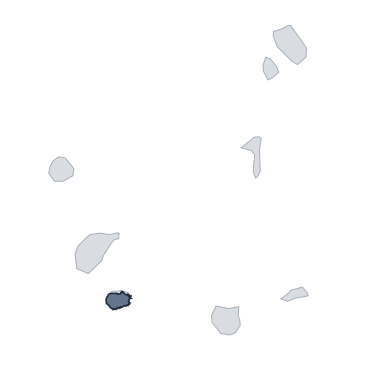 location of Nossa Senhora Da Luz, Maio, Cabo Verde, rotated 80°
{"feature_id": "66160863B67599039999674", "entity_name": "Nossa Senhora Da Luz", "entity_type": "district", "adm_level": 2, "iso_a3": "CPV", "parent_name": "Cabo Verde", "parent_adm1": "Maio", "projection": "orthographic", "projection_center": [-23.146, 15.227], "detail": "fine", "context": "in_parent", "style": "filled", "palette": "slate", "viewbox_px": 384, "rotation_deg": 80, "n_neighbors": 0, "source": "geoboundaries", "source_scale": "gbopen_adm2", "svg_char_len": 5106}
<svg xmlns="http://www.w3.org/2000/svg" viewBox="0 0 384 384"><g transform="rotate(80 192 192)"><path d="M254.3,308.2L247.5,318.8L232.7,317.9L225.1,313.5L216.2,300.1L216.5,289.8L219.7,280.8L219.2,273.0L220.4,271.0L225.0,272.4L225.7,277.6L239.2,290.4L244.2,293.0L254.3,308.2ZM63.6,82.8L52.8,85.0L48.2,83.9L46.8,74.6L44.7,68.6L45.2,65.9L70.1,54.2L78.8,56.3L84.8,65.8L80.6,71.0L63.6,82.8ZM313.0,165.9L322.3,168.0L325.8,167.2L331.7,167.7L338.1,173.7L339.3,180.2L336.2,188.3L323.9,194.9L316.8,194.2L308.4,188.1L313.2,176.2L313.0,165.9ZM157.6,325.4L148.9,329.8L142.8,327.8L137.0,323.2L134.3,316.6L136.6,310.9L148.4,304.3L155.3,306.5L159.0,316.9L157.6,325.4ZM183.2,121.1L187.8,124.5L189.3,126.9L182.4,128.2L165.9,123.7L161.5,126.4L157.1,135.9L148.8,121.4L149.4,116.1L151.2,114.5L162.9,118.4L183.2,121.1ZM283.6,293.3L280.5,293.7L275.8,288.5L276.9,281.3L276.4,279.4L280.5,271.7L288.6,272.3L290.6,278.0L291.0,289.8L283.6,293.3ZM94.7,97.9L85.6,100.6L80.0,100.2L71.9,96.0L74.5,91.6L83.3,86.8L89.4,85.8L94.2,94.6L94.7,97.9ZM316.2,117.1L312.7,123.0L308.3,114.3L306.0,112.2L304.8,99.7L311.3,96.0L314.4,95.7L314.5,108.6L316.2,117.1Z" fill="#d9dde1" stroke="#a8b0b8" stroke-width="1"/><path d="M292.7,277.3L292.8,277.1L292.7,277.1L292.7,276.9L292.7,276.7L292.7,276.8L292.7,276.7L292.3,276.2L292.2,275.8L292.1,275.6L292.1,275.3L292.3,275.2L292.2,275.1L292.3,275.0L292.2,275.0L292.2,274.9L292.2,274.7L292.0,274.4L292.0,274.2L291.9,274.2L292.0,274.2L291.9,274.2L291.9,273.9L291.7,273.7L291.4,273.6L291.4,273.4L291.5,273.2L291.4,273.2L291.3,273.3L291.2,273.3L291.1,273.2L291.1,272.8L290.9,272.7L290.8,272.8L290.8,272.6L290.6,272.6L290.4,272.9L290.2,272.8L290.2,272.7L290.2,272.8L290.2,272.7L290.1,272.8L289.9,272.9L289.8,273.1L289.6,273.1L289.3,273.4L289.1,273.3L289.0,273.5L288.9,273.5L288.8,273.4L288.6,273.5L288.5,273.3L288.3,273.2L288.0,273.2L287.9,273.0L287.8,272.9L287.7,272.9L287.6,273.0L287.4,273.0L286.9,272.8L286.7,272.7L286.2,272.1L286.1,271.9L286.1,271.7L286.1,271.2L286.2,270.7L286.0,270.9L285.8,270.9L285.8,271.0L285.7,271.3L285.8,271.7L285.6,271.9L285.4,272.0L285.2,272.0L284.8,272.0L284.4,271.8L284.3,271.7L284.2,271.4L284.2,271.2L284.1,270.8L284.3,270.6L284.2,270.5L284.2,270.4L284.0,270.0L283.8,270.0L283.9,270.3L283.8,270.5L283.6,270.5L283.8,270.6L283.8,270.8L283.7,270.8L283.7,271.0L283.4,271.3L283.1,271.3L282.9,271.5L283.1,271.6L283.2,271.9L283.1,272.0L283.3,272.1L283.2,272.1L283.4,272.2L283.4,272.3L283.6,272.5L283.5,272.8L283.2,273.1L282.9,273.2L282.7,273.1L282.5,272.9L282.4,272.9L282.4,273.0L282.2,273.0L282.2,272.8L282.0,272.7L281.8,272.8L281.7,273.0L281.6,272.9L281.5,273.0L281.8,273.1L281.8,273.3L282.0,273.4L282.1,273.7L281.9,274.3L281.4,275.1L281.0,275.6L280.7,275.8L280.0,276.4L279.5,276.7L279.0,277.0L278.8,276.9L278.7,276.9L278.7,277.1L278.5,277.3L278.9,277.3L278.9,277.5L278.8,277.8L278.6,278.1L278.2,278.2L278.2,278.4L278.3,278.6L278.3,278.9L278.3,279.1L278.2,279.2L278.3,279.3L278.6,279.2L279.0,279.4L279.0,279.2L279.5,279.5L279.6,279.9L279.6,280.1L279.9,280.5L279.9,281.0L279.7,281.5L279.8,281.6L279.7,281.9L279.7,282.2L279.9,282.4L279.8,282.8L279.7,282.8L279.8,283.0L279.7,283.2L279.7,283.3L279.4,283.4L279.2,283.4L279.0,283.7L278.8,283.6L278.7,283.7L278.5,283.9L278.6,284.2L278.6,284.3L278.7,284.5L278.5,285.1L278.4,286.3L278.0,287.4L277.9,288.1L278.1,288.3L277.8,289.6L277.8,290.2L277.9,290.7L278.2,291.4L278.4,292.2L278.5,292.3L279.2,292.5L279.9,292.9L280.0,293.0L280.1,293.3L280.3,293.4L280.3,293.5L280.5,293.6L280.8,294.0L280.8,294.3L280.9,294.5L280.9,294.4L281.0,294.5L280.9,294.5L281.3,294.5L281.5,294.6L281.7,294.8L282.4,295.0L283.3,295.5L283.9,295.3L284.8,295.4L285.4,295.6L285.6,295.6L286.3,295.6L286.8,295.5L287.1,295.4L287.2,295.5L287.8,294.5L288.3,294.3L288.5,294.3L288.7,294.2L288.8,294.2L289.0,294.1L289.1,293.8L289.3,293.7L289.5,293.5L289.5,293.4L289.8,293.4L290.0,293.3L290.2,293.1L290.4,293.0L290.5,293.0L290.9,293.0L291.0,293.0L291.1,292.9L291.3,292.6L291.5,292.6L291.6,292.4L291.8,292.4L291.9,292.1L292.4,291.7L292.6,291.6L292.8,291.6L292.8,291.4L292.7,291.3L292.7,291.2L292.8,291.1L292.9,290.9L293.0,290.7L293.1,290.4L293.3,290.1L293.6,289.9L293.8,289.7L293.9,289.8L293.9,289.7L294.0,289.7L294.1,289.8L294.1,289.7L293.9,289.4L294.0,289.3L294.0,289.2L293.9,289.2L293.8,288.9L293.9,288.5L294.1,288.5L294.2,288.4L293.9,288.0L294.0,287.9L293.8,287.8L293.7,287.6L293.6,287.4L293.5,287.2L293.7,286.8L293.8,286.7L294.0,286.5L294.0,286.3L293.9,286.1L294.0,286.1L293.9,286.0L294.0,286.0L293.9,286.0L294.0,285.9L293.8,286.0L293.7,285.8L293.7,285.4L293.6,285.1L293.6,284.9L293.6,284.7L293.4,284.3L293.4,284.2L293.5,284.2L293.5,283.9L293.5,283.7L293.4,283.7L293.5,283.6L293.3,283.5L293.3,283.4L293.5,283.3L293.4,283.2L293.5,283.2L293.4,283.1L293.3,282.9L293.3,282.6L293.5,282.5L293.4,282.4L293.5,282.4L293.4,282.4L293.4,282.1L293.4,281.9L293.2,281.9L293.3,281.7L293.2,281.4L293.0,281.0L292.9,280.9L293.0,280.8L293.1,280.7L293.0,280.4L293.1,280.2L292.9,279.9L292.7,279.7L292.6,279.4L292.6,279.1L292.4,279.1L292.4,278.8L292.4,278.7L292.3,278.4L292.2,278.1L292.2,277.8L292.3,277.7L292.7,277.5L292.7,277.4L292.7,277.3Z" fill="#64748b" stroke="#1e293b" stroke-width="1.5"/></g></svg>